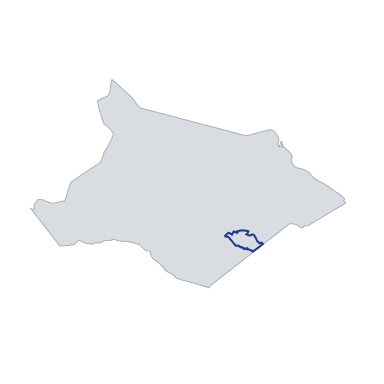 Kajiado West, Rift Valley, Kenya (highlighted), rotated 285°
{"feature_id": "3690345B61385295322660", "entity_name": "Kajiado West", "entity_type": "district", "adm_level": 2, "iso_a3": "KEN", "parent_name": "Kenya", "parent_adm1": "Rift Valley", "projection": "equal_earth", "projection_center": [36.295, -1.696], "detail": "fine", "context": "in_parent", "style": "outline", "palette": "blue", "viewbox_px": 384, "rotation_deg": 285, "n_neighbors": 0, "source": "geoboundaries", "source_scale": "gbopen_adm2", "svg_char_len": 5463}
<svg xmlns="http://www.w3.org/2000/svg" viewBox="0 0 384 384"><g transform="rotate(285 192 192)"><path d="M104.0,233.7L104.0,228.6L104.5,215.7L104.4,204.4L104.9,198.7L107.0,195.1L107.9,192.5L108.6,188.8L109.7,185.9L112.2,183.5L112.6,182.1L115.2,178.1L116.8,172.9L118.0,171.1L119.5,169.5L120.5,168.6L122.2,167.8L123.5,167.3L123.8,166.9L123.9,166.0L123.5,162.8L124.0,161.7L124.9,159.6L126.0,157.6L126.9,156.3L127.5,155.0L127.7,152.7L127.8,151.1L127.7,148.5L127.4,142.5L126.3,137.6L125.7,132.0L126.2,130.1L125.3,126.9L124.9,126.7L124.2,126.0L123.3,122.9L122.6,120.1L122.1,119.4L119.2,116.9L117.7,111.1L116.1,109.8L115.2,104.1L115.0,102.4L116.0,96.7L115.9,95.3L114.9,94.1L112.1,92.9L109.9,90.5L110.1,89.7L110.3,88.8L109.1,88.3L105.7,78.4L110.1,72.5L114.6,66.5L120.3,59.0L125.6,52.0L130.2,46.0L134.2,40.7L134.1,41.7L134.1,43.1L134.6,43.9L135.5,44.5L136.6,43.8L137.6,43.0L138.6,42.8L144.7,45.1L145.7,47.0L145.7,49.1L145.9,50.6L145.5,52.1L144.9,56.7L145.1,61.0L146.9,64.1L148.6,66.6L149.8,70.0L150.8,71.1L152.1,71.6L156.3,71.8L162.5,72.0L168.5,72.2L169.0,72.3L170.3,72.7L175.8,77.4L180.8,81.7L185.1,85.4L189.2,89.0L193.2,92.5L196.3,95.4L199.4,96.3L204.4,96.7L207.8,96.8L211.0,98.1L215.8,99.2L219.3,99.8L221.4,100.5L227.4,101.1L228.4,100.7L231.0,97.5L233.9,92.3L235.0,89.4L238.8,86.5L245.5,82.5L250.2,79.7L255.4,76.9L257.7,79.3L261.0,83.3L262.5,85.2L263.7,86.1L265.4,86.6L267.6,86.7L268.8,86.6L271.2,86.1L276.8,85.6L280.0,85.6L277.3,90.9L274.1,97.1L268.1,108.7L263.6,114.8L260.1,119.4L259.8,120.2L259.8,125.3L259.9,137.8L260.0,162.9L260.1,187.9L260.2,213.0L260.2,225.5L260.2,229.7L263.2,235.0L266.2,240.2L270.1,247.0L272.2,250.6L272.5,251.8L272.4,254.3L269.2,259.4L266.5,261.7L263.0,262.8L261.9,262.6L260.5,261.9L260.0,263.1L259.6,265.0L258.8,264.6L258.2,264.0L258.6,267.4L258.9,269.1L258.4,271.4L256.7,273.3L256.5,275.0L252.8,279.4L247.5,279.9L244.7,282.0L243.5,283.8L242.5,287.7L242.8,293.6L241.4,298.2L241.1,300.5L238.4,303.5L237.1,306.2L236.2,309.0L235.5,310.2L234.5,316.4L233.2,320.2L232.9,321.4L232.6,322.6L231.6,324.8L231.0,326.3L230.5,327.3L227.3,337.0L224.7,341.3L222.8,340.8L221.5,342.5L221.3,343.3L220.6,342.9L219.0,341.3L215.6,338.0L212.2,334.7L208.8,331.4L205.5,328.2L202.1,324.9L198.7,321.6L195.3,318.3L191.9,315.0L189.9,313.1L189.1,312.0L188.4,309.7L188.0,309.1L187.1,308.4L186.1,308.3L185.8,307.8L185.8,306.7L186.2,305.2L187.4,302.1L187.5,300.4L187.3,298.4L186.9,295.1L186.6,294.4L184.3,292.7L179.6,289.2L174.9,285.6L170.2,282.1L165.5,278.6L160.8,275.0L156.1,271.5L151.4,268.0L146.7,264.4L142.0,260.9L137.3,257.4L132.6,253.8L127.9,250.3L123.2,246.7L118.5,243.2L113.8,239.7L109.1,236.1L107.3,234.8L105.7,233.7L104.0,233.7ZM260.5,268.0L259.7,268.3L260.1,266.6L262.5,264.4L263.5,264.9L263.7,265.4L263.7,265.9L263.2,266.3L260.5,268.0Z" fill="#d9dde1" stroke="#a8b0b8" stroke-width="1"/><path d="M168.6,256.6L168.6,256.4L168.7,256.2L168.7,255.9L168.8,255.8L168.8,255.7L168.7,255.2L168.6,254.4L168.5,253.7L168.4,253.5L168.4,253.3L168.4,253.2L168.2,251.8L168.2,251.7L168.1,251.2L167.9,250.7L167.9,250.4L167.8,250.0L167.7,249.7L167.5,249.2L167.4,249.2L167.2,248.7L167.0,248.3L166.9,248.1L166.6,247.4L166.3,246.8L166.1,246.4L165.9,246.5L165.7,246.5L165.4,246.5L165.4,246.4L165.5,246.3L165.4,246.2L165.5,245.8L165.5,245.6L165.3,245.5L165.2,245.4L165.1,245.5L165.1,245.4L165.1,245.5L165.0,245.4L164.9,245.4L164.8,245.5L164.7,245.5L164.3,245.7L164.3,245.4L164.4,245.2L164.2,244.9L164.2,244.7L164.6,244.4L164.6,244.2L164.6,243.8L164.5,243.7L164.4,243.5L164.5,243.4L164.5,243.2L164.6,242.5L161.1,241.6L161.4,241.1L161.6,240.7L162.0,238.8L162.1,238.4L162.2,238.1L161.5,237.4L161.2,237.1L160.3,236.5L159.9,236.3L158.1,235.2L157.7,234.9L157.6,234.7L157.7,235.0L158.0,238.7L155.8,242.0L153.0,245.9L151.9,247.5L151.7,247.7L151.4,248.2L151.6,248.4L151.6,248.5L151.8,248.9L151.8,249.0L151.9,249.5L152.0,249.7L152.0,249.8L152.1,250.0L152.2,250.3L152.2,250.5L152.2,250.8L152.1,251.2L151.9,251.1L151.9,251.3L151.8,251.5L151.7,251.7L151.7,251.8L151.5,252.0L151.5,252.4L151.5,252.5L151.4,252.7L151.5,252.7L151.5,252.8L151.4,252.8L151.3,253.0L151.5,253.2L151.5,253.3L151.6,253.5L151.6,253.8L151.6,254.0L151.7,254.3L151.6,254.5L151.4,254.5L151.3,254.8L151.3,255.0L151.4,255.3L151.2,255.4L151.2,255.5L151.1,255.9L151.0,256.0L151.0,256.3L150.9,256.5L150.7,256.6L150.8,256.7L151.0,256.7L151.0,256.8L150.9,256.9L150.9,257.0L150.8,257.3L150.7,257.3L150.7,257.5L150.8,257.6L151.0,257.9L151.0,258.0L150.9,258.0L151.0,258.2L151.3,258.2L151.3,258.3L151.2,258.3L151.3,258.5L151.4,258.8L151.4,259.1L151.4,259.3L151.4,259.5L151.2,259.7L151.1,259.8L151.1,260.0L151.0,259.9L150.9,260.0L151.0,260.2L151.0,260.3L151.1,260.5L151.3,260.5L151.2,260.6L151.0,260.8L151.1,261.1L151.2,261.3L151.2,261.5L151.1,261.8L151.2,262.1L151.2,262.3L151.2,262.5L151.1,262.8L151.1,263.1L151.1,263.3L151.1,263.5L150.9,263.7L150.9,263.8L150.9,264.0L150.8,264.3L150.8,264.6L150.9,265.8L150.3,265.8L150.3,266.4L153.8,269.1L155.2,270.2L160.1,273.9L161.2,272.4L160.2,270.7L160.0,270.3L160.1,270.2L160.2,269.8L160.4,269.6L160.5,269.5L160.7,269.2L160.8,269.0L161.0,268.6L161.1,268.4L161.4,268.1L161.5,267.8L161.6,267.7L161.7,267.4L164.4,265.3L165.4,264.1L165.5,264.0L165.7,263.9L165.8,263.7L166.2,263.4L166.3,263.2L166.5,263.0L166.4,262.6L166.5,262.4L166.6,262.2L166.6,261.9L166.7,261.5L166.7,261.4L166.6,261.2L166.5,260.9L166.1,260.7L164.9,259.1L164.8,258.2L165.1,256.3L165.2,255.6L165.6,255.9L165.8,256.0L166.1,256.2L167.0,256.4L167.4,256.5L168.2,256.5L168.6,256.6Z" fill="none" stroke="#1e3a8a" stroke-width="2"/></g></svg>